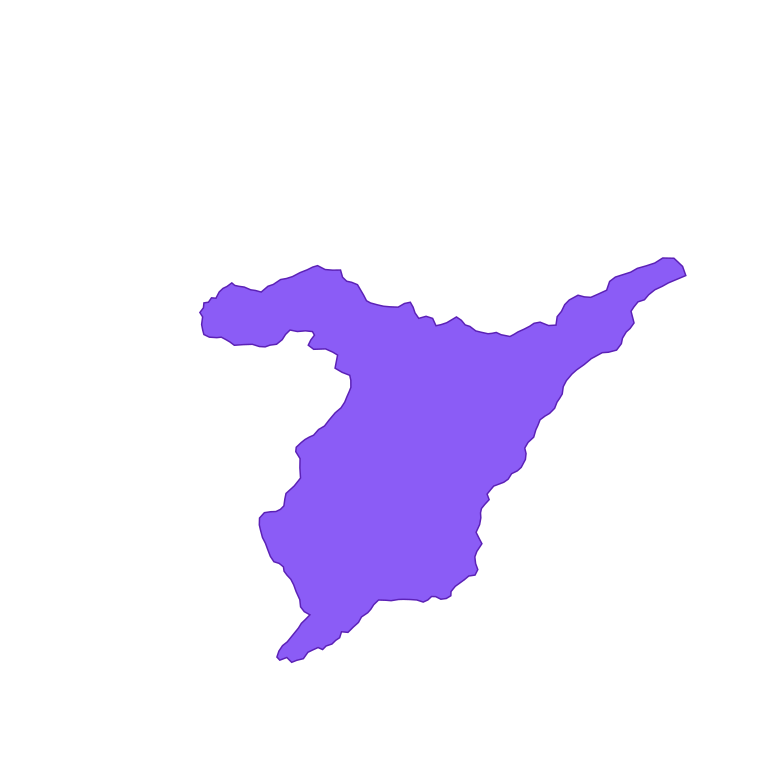 outline of Firminópolis, Goiás, Brazil, rotated 39°
{"feature_id": "56859067B11608443354751", "entity_name": "Firminópolis", "entity_type": "district", "adm_level": 2, "iso_a3": "BRA", "parent_name": "Brazil", "parent_adm1": "Goiás", "projection": "natural_earth1", "projection_center": [-50.323, -16.626], "detail": "fine", "context": "isolated", "style": "filled", "palette": "violet", "viewbox_px": 768, "rotation_deg": 39, "n_neighbors": 0, "source": "geoboundaries", "source_scale": "gbopen_adm2", "svg_char_len": 3446}
<svg xmlns="http://www.w3.org/2000/svg" viewBox="0 0 768 768"><g transform="rotate(39 384 384)"><path d="M371.4,502.1L378.3,509.6L378.4,519.7L376.7,530.7L379.4,535.9L382.9,541.7L382.4,546.6L380.3,551.1L376.3,554.6L372.0,559.3L371.6,566.5L375.8,572.0L379.9,575.2L386.2,579.8L392.1,582.4L397.6,585.7L404.2,589.5L410.3,591.4L415.4,589.4L420.9,589.4L424.2,592.4L428.9,593.6L434.5,594.4L440.2,596.9L446.3,600.6L454.3,604.6L459.4,609.7L465.3,611.1L471.7,610.0L471.1,616.5L470.4,622.0L471.1,627.5L471.1,635.6L471.1,645.3L469.8,651.2L470.4,657.7L472.6,663.6L476.8,664.2L480.6,657.7L487.4,658.4L490.1,653.6L494.2,648.2L493.7,640.4L496.0,635.5L498.6,630.3L503.4,629.0L503.9,624.0L507.2,618.8L507.8,613.6L509.2,609.1L506.9,603.3L512.3,599.7L513.1,592.2L514.2,585.4L513.1,579.2L515.3,572.0L515.5,567.3L514.9,562.0L515.7,555.3L521.5,550.9L525.9,547.9L530.9,542.3L534.6,539.1L540.0,535.0L545.4,531.2L551.7,528.8L554.0,524.2L554.7,519.2L558.0,516.7L563.6,515.5L567.4,511.5L569.2,506.5L566.7,503.1L566.7,496.4L568.4,490.1L569.7,485.1L570.7,479.9L575.0,475.2L573.7,469.2L568.2,465.9L563.4,461.2L561.5,455.7L560.6,446.5L555.5,444.3L548.9,441.3L546.8,433.1L543.5,427.1L540.1,423.4L538.1,419.4L538.1,414.4L538.5,407.7L533.4,404.7L533.4,399.0L533.5,394.3L539.0,384.8L540.4,379.8L539.6,373.4L542.3,367.6L543.1,362.4L541.4,353.7L538.2,348.7L533.7,345.2L532.7,338.7L533.8,331.1L530.8,324.0L529.7,319.5L527.8,313.6L529.2,307.9L531.2,302.5L531.9,295.5L529.9,289.3L529.5,284.5L528.8,279.6L525.0,273.3L523.6,266.6L523.8,258.0L524.8,251.9L527.4,242.6L529.1,233.9L533.9,222.3L538.4,218.1L543.4,211.3L543.1,203.3L540.5,198.3L539.5,191.1L540.3,186.0L539.9,179.2L530.2,172.0L529.7,166.8L529.7,160.3L533.4,154.6L533.5,148.1L535.2,140.3L538.8,132.9L541.4,126.4L550.3,109.8L542.0,104.7L530.2,103.8L521.3,110.7L518.3,119.6L513.4,127.2L508.1,134.7L505.3,141.9L500.9,148.6L496.5,155.3L494.8,162.3L498.0,171.0L493.7,179.7L490.2,186.5L484.9,190.2L478.9,192.9L475.1,202.1L474.5,208.6L476.2,215.9L476.2,222.7L480.6,230.0L475.1,235.0L466.4,237.7L462.4,242.4L460.9,247.4L458.4,253.1L455.3,259.3L453.8,263.6L452.0,267.8L444.0,272.0L438.8,273.3L436.1,276.6L433.2,279.5L426.8,282.7L421.9,285.0L414.5,285.2L409.9,287.0L404.0,285.8L398.1,286.3L394.2,296.9L390.8,302.2L387.7,306.0L380.5,302.4L374.1,304.9L369.7,311.1L363.3,309.2L358.3,306.0L353.0,303.9L349.2,308.6L346.6,315.4L340.3,320.1L334.8,323.8L329.1,326.6L322.5,329.5L318.0,330.3L312.3,327.8L300.9,323.5L294.9,325.3L290.3,327.6L284.6,327.1L278.5,322.8L272.5,327.8L266.2,332.1L257.9,333.8L255.0,338.0L252.5,343.5L248.7,350.2L245.3,358.1L241.8,363.4L237.9,367.9L235.3,376.3L232.3,381.1L230.7,389.8L225.1,392.3L221.1,394.7L214.4,396.6L209.9,399.3L206.0,401.3L202.1,401.2L200.6,407.0L198.7,411.0L198.0,416.1L199.4,423.1L195.7,425.6L196.1,430.9L193.0,434.3L195.7,438.4L195.9,444.3L200.8,446.0L204.8,452.5L209.3,456.3L212.9,458.9L218.8,457.5L224.9,453.2L228.1,450.0L233.2,449.0L237.9,448.3L243.3,448.1L249.8,442.0L256.7,436.0L263.6,433.3L268.3,429.9L270.9,425.6L275.5,420.7L277.0,413.6L276.3,407.5L277.0,401.2L283.7,397.7L289.5,392.1L295.4,388.3L299.2,389.8L299.4,395.8L300.7,401.5L307.5,401.3L316.5,393.5L324.0,391.5L329.7,390.7L336.0,402.5L344.1,401.3L351.9,398.8L355.9,402.0L360.4,407.5L361.8,412.0L363.3,417.6L364.9,422.8L365.6,429.6L364.2,436.9L364.0,446.6L364.2,454.1L361.8,460.5L361.5,468.1L359.3,472.4L357.6,476.7L356.5,481.6L355.6,488.4L358.0,492.1L365.7,494.8L371.4,502.1Z" fill="#8b5cf6" stroke="#5b21b6" stroke-width="1.5"/></g></svg>